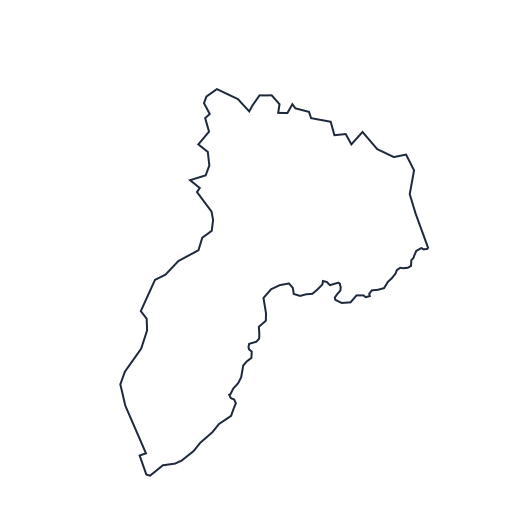 Summit, Colorado, United States of America, rotated 250°
{"feature_id": "52423323B9243197654665", "entity_name": "Summit", "entity_type": "district", "adm_level": 2, "iso_a3": "USA", "parent_name": "United States of America", "parent_adm1": "Colorado", "projection": "robinson", "projection_center": [-106.158, 39.642], "detail": "fine", "context": "isolated", "style": "outline", "palette": "slate", "viewbox_px": 512, "rotation_deg": 250, "n_neighbors": 0, "source": "geoboundaries", "source_scale": "gbopen_adm2", "svg_char_len": 1805}
<svg xmlns="http://www.w3.org/2000/svg" viewBox="0 0 512 512"><g transform="rotate(250 256 256)"><path d="M88.2,78.2L85.8,81.3L91.2,96.9L88.6,108.9L89.2,116.2L94.1,130.8L99.6,139.8L105.4,154.9L110.8,163.7L114.3,177.9L120.1,182.7L124.5,186.7L128.6,186.4L131.1,183.7L134.8,183.4L134.9,184.7L139.3,189.4L142.5,195.6L147.0,200.5L152.5,203.7L157.4,206.5L160.1,211.2L161.8,216.8L167.6,219.3L170.7,217.5L173.0,217.8L175.8,219.5L175.6,222.8L175.3,227.0L177.3,230.7L181.4,232.4L188.5,234.5L191.8,243.1L198.7,245.8L214.0,248.7L219.6,258.8L220.5,268.4L218.9,277.6L213.4,279.7L207.4,278.5L203.4,283.8L202.9,289.9L201.2,296.0L203.3,301.8L206.5,308.6L209.6,310.4L207.4,313.6L203.3,315.5L202.9,322.1L202.7,324.3L201.1,325.4L200.2,325.0L197.8,325.0L194.6,323.4L192.5,319.5L190.1,315.9L187.8,315.5L185.7,317.4L182.6,320.4L180.1,329.0L184.6,337.0L182.2,343.6L179.8,344.9L179.4,349.2L181.8,349.5L184.1,353.1L182.6,358.7L182.0,365.3L186.6,371.1L188.5,375.7L191.6,380.9L194.6,383.6L195.6,387.5L194.2,390.1L193.0,394.6L193.7,398.3L198.9,400.5L200.4,403.4L201.9,404.5L206.0,408.4L206.9,414.1L204.9,415.8L204.1,419.4L205.0,420.5L241.6,420.5L261.5,421.6L282.4,433.8L300.0,431.7L301.8,419.4L314.9,406.5L336.1,398.5L328.3,383.8L339.9,382.0L342.7,371.0L356.6,372.1L366.7,354.9L373.3,355.1L381.3,343.5L386.2,342.1L379.6,334.4L382.9,325.8L390.6,330.0L401.6,325.7L405.7,314.2L398.7,304.2L394.2,299.1L409.7,292.6L426.2,276.3L422.8,263.9L417.4,259.4L405.3,261.1L403.0,255.4L388.9,254.4L380.6,240.0L370.3,246.3L357.0,243.1L349.0,236.3L349.8,220.0L339.1,226.4L336.3,222.4L313.0,229.4L304.5,228.0L294.8,223.0L291.6,211.8L281.1,203.9L277.8,181.3L269.4,164.5L268.1,152.9L243.6,128.9L234.4,131.8L223.3,128.2L208.2,116.4L192.2,93.3L181.8,84.6L159.9,82.0L108.2,85.1L108.3,78.4L88.2,78.2Z" fill="none" stroke="#1e293b" stroke-width="2"/></g></svg>